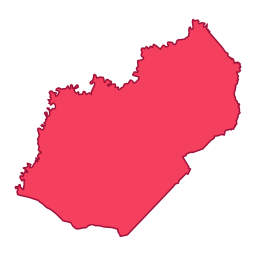 outline of Kaeng Sanam Nang, Nakhon Ratchasima, Thailand
{"feature_id": "78962969B3158146073423", "entity_name": "Kaeng Sanam Nang", "entity_type": "district", "adm_level": 2, "iso_a3": "THA", "parent_name": "Thailand", "parent_adm1": "Nakhon Ratchasima", "projection": "natural_earth1", "projection_center": [102.24, 15.708], "detail": "fine", "context": "isolated", "style": "filled", "palette": "rose", "viewbox_px": 256, "rotation_deg": 0, "n_neighbors": 0, "source": "geoboundaries", "source_scale": "gbopen_adm2", "svg_char_len": 5616}
<svg xmlns="http://www.w3.org/2000/svg" viewBox="0 0 256 256"><path d="M120.3,236.3L126.6,235.1L127.7,234.5L173.2,186.7L175.4,183.9L178.3,183.1L179.1,180.5L186.3,173.3L187.7,174.2L188.1,173.8L190.5,169.1L188.6,168.2L188.9,167.1L182.8,157.0L184.7,155.9L185.6,155.9L186.4,154.7L186.4,153.9L188.6,153.2L189.6,152.4L193.2,152.3L202.9,148.8L210.8,140.4L214.1,138.2L214.5,136.2L218.2,135.7L220.9,134.5L224.3,134.9L224.9,131.9L225.7,130.4L226.7,130.3L227.4,129.7L228.4,130.0L229.3,129.3L231.4,129.7L231.7,128.9L233.5,129.2L234.2,127.4L235.1,126.5L234.8,126.1L235.4,125.7L235.5,124.9L236.6,124.3L236.7,122.6L236.2,120.6L236.8,120.1L237.4,118.1L238.0,117.3L238.0,115.3L239.4,113.2L240.0,112.8L239.2,111.2L239.5,110.3L239.2,107.6L238.2,107.0L239.3,105.4L239.5,104.2L238.9,103.8L238.2,104.1L237.6,103.3L237.1,101.3L235.6,99.8L235.1,96.8L234.4,95.5L234.2,92.9L235.3,89.4L235.4,87.5L235.8,87.0L235.4,85.6L237.2,83.6L237.7,81.3L237.3,81.0L238.4,79.7L237.8,78.2L237.9,76.9L238.4,76.5L236.7,72.2L239.2,71.9L240.3,70.7L240.0,70.5L239.9,68.8L239.3,67.8L240.6,67.3L240.4,66.2L240.1,65.9L240.2,65.0L239.6,64.6L239.9,63.6L238.7,62.7L237.9,63.2L237.6,62.3L236.9,62.7L236.0,62.3L235.3,62.9L234.6,62.5L234.2,62.9L233.6,59.8L233.2,59.1L232.7,59.0L232.2,58.5L231.4,59.1L230.7,58.6L230.7,57.6L229.3,57.2L227.6,55.6L228.0,54.1L227.7,53.3L225.6,52.3L221.8,46.9L209.6,32.9L209.6,31.6L208.5,31.9L208.3,31.4L208.8,31.2L208.8,30.8L208.1,29.6L206.9,29.7L206.7,29.2L207.1,24.8L205.0,27.0L203.6,26.6L203.4,25.5L204.8,24.1L204.9,23.4L204.6,23.2L201.7,22.7L199.8,23.8L199.3,23.7L198.6,22.7L198.8,21.1L198.3,20.4L197.1,20.2L194.9,20.8L194.2,20.6L193.6,19.7L193.0,19.7L192.6,20.5L192.4,22.0L193.1,26.4L193.1,28.1L192.5,29.0L191.7,29.4L190.8,28.9L190.6,27.7L190.2,27.2L189.2,27.8L188.8,30.0L189.2,32.5L188.6,36.2L184.2,39.2L177.8,40.0L176.9,40.9L176.0,43.7L175.2,44.5L173.3,44.1L172.6,42.8L172.0,42.4L168.9,42.1L168.0,42.3L167.5,43.1L167.7,44.3L168.5,45.4L168.2,46.2L166.0,47.0L163.8,45.2L163.2,45.2L160.2,49.1L155.8,45.5L153.9,44.4L153.3,44.8L152.9,46.8L152.5,47.3L151.8,47.4L151.3,46.5L150.3,46.4L148.5,48.7L147.9,48.6L147.1,47.1L146.4,46.7L144.5,48.7L143.0,48.0L141.8,48.3L141.3,49.2L141.2,50.1L142.2,52.7L141.4,53.9L141.3,55.6L141.8,56.5L143.4,57.3L143.5,58.3L142.4,59.5L140.4,60.3L138.6,60.4L137.8,60.8L137.7,62.6L138.2,66.7L136.8,67.7L136.4,68.6L136.9,70.0L138.0,71.1L138.0,71.8L137.6,72.3L136.0,72.0L134.3,72.1L132.9,74.3L133.0,75.1L133.5,75.5L138.3,76.7L139.0,77.9L138.6,79.3L136.0,82.0L134.0,83.0L133.5,82.8L132.7,81.3L131.3,80.2L130.2,80.2L128.1,83.5L124.5,84.0L123.2,87.0L121.1,88.0L119.7,89.5L119.0,89.6L118.4,89.2L118.4,87.5L118.0,87.0L116.4,87.5L115.4,87.3L115.4,84.7L114.8,84.0L111.4,84.3L108.7,85.9L108.0,85.9L107.5,85.4L107.6,84.9L111.1,83.1L111.5,82.4L111.3,81.5L109.4,80.7L108.1,79.7L107.0,79.5L106.1,80.0L105.3,82.0L104.6,82.4L104.2,81.8L103.7,78.4L103.1,77.4L99.8,77.1L96.9,78.1L95.8,75.3L94.6,74.5L93.6,75.2L93.8,76.8L92.6,80.4L91.1,81.4L90.1,82.6L90.2,83.2L91.1,84.0L92.1,83.7L93.1,82.4L94.4,82.7L94.8,83.3L94.3,85.6L91.5,91.5L91.3,94.2L90.0,93.1L89.3,92.9L86.3,94.4L85.2,92.1L83.7,91.4L83.2,91.8L82.7,93.9L82.1,94.4L80.5,94.2L79.5,94.7L78.7,94.5L78.5,94.0L78.8,92.7L78.3,92.0L76.9,93.1L76.1,93.1L74.3,90.8L74.3,89.8L74.8,88.4L76.3,88.3L78.2,87.1L78.1,85.8L77.2,85.0L76.6,85.2L75.3,86.8L73.4,88.3L72.6,88.1L72.4,85.7L72.0,85.1L71.3,84.8L70.6,85.2L70.4,88.5L70.1,88.8L69.1,88.3L68.2,86.3L67.8,86.0L66.0,88.4L65.1,88.8L62.5,88.9L61.3,89.3L59.0,87.9L57.3,88.4L56.3,89.2L56.1,90.1L58.7,91.1L59.4,92.0L57.3,95.5L56.1,96.2L55.6,95.8L55.3,94.9L56.2,93.1L56.0,92.6L53.2,92.8L52.3,91.4L51.2,91.0L50.2,91.3L49.4,92.1L49.3,92.6L49.7,93.6L50.6,94.6L50.0,97.0L50.9,98.1L51.0,98.9L50.2,99.8L48.3,99.8L48.8,100.7L50.1,102.0L49.0,103.3L49.9,103.7L50.9,105.0L53.1,103.1L53.8,103.4L54.8,104.3L55.5,105.5L55.2,108.0L55.0,108.7L54.3,109.0L52.5,108.5L50.9,110.4L49.9,110.0L48.9,108.2L47.8,107.9L47.2,108.1L47.4,108.7L49.1,110.1L49.7,111.7L49.5,114.1L49.8,115.0L48.4,116.1L47.7,116.3L47.0,115.9L47.1,113.3L46.7,112.3L45.2,112.3L44.8,112.7L44.6,113.7L45.8,115.1L47.0,118.5L46.8,118.9L45.7,119.3L45.7,121.6L44.1,122.8L44.2,123.3L45.1,124.1L45.1,125.5L44.8,125.9L44.2,125.8L42.4,124.5L41.2,125.4L41.8,126.4L43.5,126.2L43.9,128.5L43.1,129.4L41.9,129.9L41.3,129.7L40.7,128.8L38.9,128.2L38.0,128.6L37.7,129.6L39.3,135.2L39.0,136.6L37.6,139.1L38.2,141.1L37.8,143.4L39.2,147.0L38.4,149.8L38.8,150.7L40.8,151.8L41.2,152.6L40.8,153.0L39.3,153.1L37.9,155.4L37.7,156.6L38.9,157.7L39.2,158.6L38.9,159.2L38.4,159.4L36.6,158.1L36.0,158.0L36.0,159.1L37.4,160.6L37.7,161.4L37.2,161.6L36.1,160.6L35.5,160.7L35.1,162.9L33.7,164.2L32.7,166.6L31.4,167.6L30.3,167.5L29.9,167.0L30.8,164.5L27.8,163.3L27.4,163.5L27.4,164.0L28.1,165.9L27.7,166.8L26.2,167.5L23.5,167.9L23.6,168.3L27.2,170.9L27.6,171.9L27.4,172.4L26.9,172.5L26.1,171.0L25.4,170.7L24.1,173.6L23.5,173.5L22.1,172.5L21.2,172.9L21.4,173.4L23.3,174.9L23.5,175.6L23.1,176.2L22.6,176.4L21.3,175.9L20.3,176.0L20.0,176.8L20.1,177.7L21.9,180.8L22.6,180.6L23.5,179.5L24.1,179.6L24.4,180.1L24.1,182.4L24.2,184.9L23.7,186.6L23.8,188.9L23.4,189.4L22.7,189.3L22.0,188.2L20.5,187.3L20.2,186.6L20.3,185.1L19.9,184.7L19.0,185.0L18.8,186.4L16.3,186.7L16.1,187.2L15.5,186.9L15.4,187.4L15.9,188.5L17.4,188.2L17.9,188.6L17.8,189.8L17.1,191.5L17.2,192.8L17.7,193.8L17.6,194.4L19.8,195.2L28.6,197.2L38.3,200.4L39.7,201.9L42.7,203.9L46.7,207.6L50.4,209.3L56.1,213.7L63.2,220.8L70.6,222.5L73.2,226.4L75.1,228.1L76.8,228.9L79.9,228.7L82.3,227.9L85.9,227.7L89.0,225.3L92.0,224.5L93.4,224.7L95.0,225.6L99.5,225.7L103.6,226.8L112.4,227.6L117.7,229.2L118.1,231.9L119.8,234.7L120.3,236.3Z" fill="#f43f5e" stroke="#9f1239" stroke-width="1.5"/></svg>